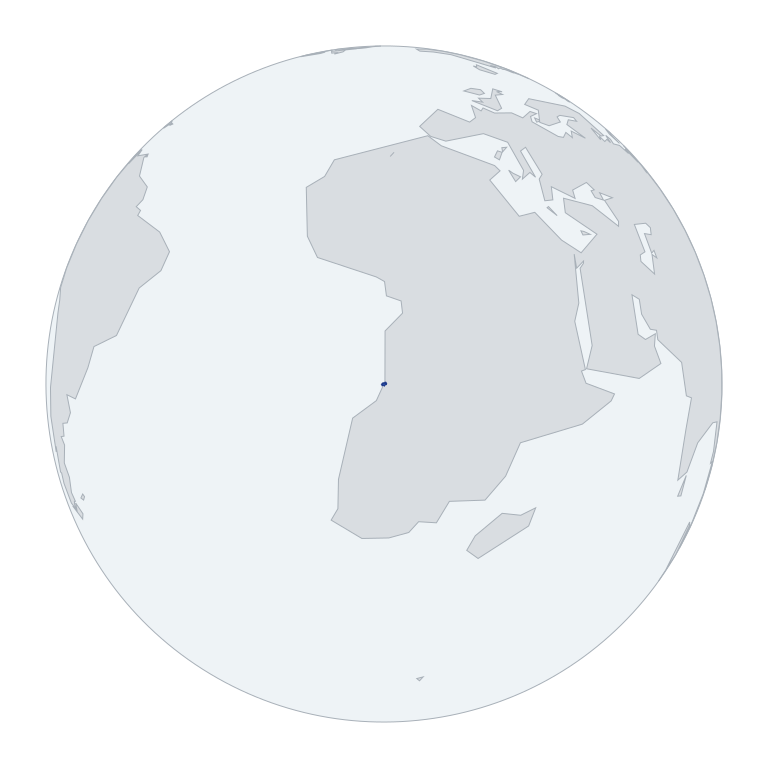 globe centered on Luanda, rotated 31°
{"feature_id": "AGO-1880", "entity_name": "Luanda", "entity_type": "Province", "adm_level": 1, "iso_a3": "AGO", "parent_name": "Angola", "parent_adm1": "", "projection": "orthographic", "projection_center": [13.287, -8.956], "detail": "fine", "context": "on_globe", "style": "filled", "palette": "blue", "viewbox_px": 768, "rotation_deg": 31, "n_neighbors": 0, "source": "natural_earth", "source_scale": "10m", "svg_char_len": 6210}
<svg xmlns="http://www.w3.org/2000/svg" viewBox="0 0 768 768"><g transform="rotate(31 384 384)"><circle cx="384" cy="384" r="338" fill="#eef3f6" stroke="#a8b0b8"/><path d="M207.4,95.9L203.0,98.7L195.3,105.2L190.4,108.9L177.0,117.7L171.8,121.0L207.4,95.9ZM164.9,126.8L167.9,124.2L155.6,135.2L154.7,136.3L157.0,134.8L162.7,129.8L159.1,133.6L143.9,146.5L146.9,143.3L151.7,138.9L148.9,141.2L147.3,142.8L164.9,126.8ZM52.5,318.6L52.5,318.2L55.2,307.7L51.6,326.8L56.0,307.6L55.5,315.2L63.0,308.7L61.5,313.5L67.3,331.7L79.6,337.0L82.4,350.2L80.3,359.6L85.9,360.6L86.1,366.4L113.5,369.3L132.0,381.1L134.4,401.7L124.7,427.8L129.7,480.2L116.1,501.3L121.8,522.6L127.2,555.7L117.7,556.5L130.0,570.1L132.5,580.5L129.0,583.1L136.6,593.5L134.4,595.3L141.7,600.9L150.6,616.3L162.4,626.0L172.0,638.0L179.9,643.5L179.0,644.0L181.2,647.0L185.6,650.4L177.3,647.0L160.9,634.0L153.5,626.3L152.1,626.0L135.0,606.3L138.0,611.0L115.1,583.3L100.0,558.9L68.0,491.2L62.8,479.0L57.1,467.8L52.2,448.0L48.3,422.3L46.3,396.3L46.4,370.3L48.4,344.3L52.5,318.6ZM195.3,655.0L180.0,648.9L186.7,651.3L181.0,644.8L192.8,650.3L195.3,655.0ZM182.9,637.8L182.4,633.5L185.3,634.8L186.3,638.2L182.9,637.8ZM713.6,309.4L712.2,303.8L716.7,326.7L719.9,347.2L721.7,372.4L721.3,366.2L719.2,343.5L717.6,334.2L714.2,313.7L705.4,281.4L704.7,283.8L701.1,271.9L688.9,244.9L685.8,247.9L683.2,272.8L689.0,303.4L685.4,315.1L666.0,266.9L654.7,237.5L649.3,238.4L628.0,212.2L595.9,205.0L589.9,197.6L584.1,199.9L568.9,191.5L559.2,179.9L550.6,179.8L576.2,210.5L585.2,211.2L590.7,201.2L596.3,212.2L610.8,223.8L599.9,247.8L549.8,266.6L542.6,243.8L492.5,183.8L492.8,177.7L492.4,177.1L491.7,175.8L489.5,185.5L480.1,174.7L509.3,214.3L515.2,232.0L549.2,267.9L546.6,271.2L556.8,279.3L586.7,273.8L587.4,281.5L574.7,316.2L531.2,364.1L535.7,400.4L530.4,431.5L500.5,450.9L500.4,476.0L484.6,484.2L481.7,498.5L467.4,513.5L444.6,527.8L408.8,527.9L408.7,514.6L394.1,489.2L374.7,429.4L386.0,402.2L383.7,381.7L357.6,338.0L363.4,313.7L355.9,304.0L340.7,307.2L331.7,295.9L322.2,296.2L261.8,309.8L242.2,296.8L216.1,255.5L226.2,236.7L226.0,217.4L293.7,148.6L310.4,150.3L366.3,139.8L373.7,141.5L369.6,154.7L413.5,170.6L424.8,159.2L462.1,169.2L485.4,170.0L489.4,145.9L451.2,143.8L442.2,132.3L470.8,123.9L503.8,128.0L501.3,123.8L478.4,113.0L483.9,106.7L470.3,109.0L477.4,113.3L469.0,115.4L462.0,111.7L464.2,109.3L453.7,107.0L445.8,120.6L452.2,126.5L425.8,128.7L433.9,139.2L427.5,144.1L411.5,128.4L411.5,122.8L383.4,108.2L381.0,114.0L407.4,128.7L400.1,127.5L397.1,137.1L393.6,129.0L365.5,113.1L340.3,118.2L311.9,144.0L296.5,147.7L281.9,144.8L288.7,120.8L322.5,115.4L325.3,108.5L315.5,100.2L326.6,99.9L326.7,96.4L339.2,94.8L353.7,85.9L365.9,84.4L368.8,75.2L375.5,73.7L371.8,79.2L375.9,83.0L405.8,82.1L410.8,80.2L410.3,74.7L418.6,75.8L414.2,70.8L430.1,69.6L407.1,67.4L405.9,62.6L413.8,59.6L409.3,58.0L396.3,63.2L394.8,65.9L400.2,68.6L392.5,77.6L382.8,79.5L375.2,69.8L360.6,71.9L361.1,64.9L396.0,52.6L412.0,51.6L444.4,57.9L442.3,59.7L429.6,58.0L443.9,63.1L441.5,60.9L448.4,62.4L449.0,59.5L453.9,60.5L446.0,56.7L452.1,57.6L457.0,60.0L463.0,58.2L474.9,60.5L473.9,59.8L469.5,58.3L487.6,63.1L486.0,62.4L479.5,60.5L472.2,58.1L466.3,56.3L472.9,58.0L475.9,58.9L492.1,64.1L499.1,67.1L501.2,67.7L496.7,65.6L476.9,59.1L474.1,58.3L497.2,65.6L519.8,74.6L541.7,85.1L562.7,97.2L582.9,110.8L602.0,125.8L620.0,142.1L636.7,159.7L652.2,178.4L666.3,198.2L678.9,219.0L690.0,240.6L699.5,262.9L707.4,285.9L713.6,309.4ZM273.3,180.2L272.1,185.8L273.3,180.2ZM541.1,146.6L559.3,150.4L547.0,134.9L552.9,135.4L546.6,130.4L546.0,133.9L529.8,120.9L536.1,118.4L531.8,112.8L525.5,111.4L516.4,118.3L539.6,136.3L537.2,141.4L541.1,146.6ZM63.4,308.3L63.9,311.3L62.3,312.3L63.4,308.3ZM68.1,269.6L69.1,269.9L67.0,272.9L68.1,269.6ZM63.9,275.7L64.8,273.3L66.9,267.3L67.2,270.2L63.3,278.4L63.4,277.3L63.9,275.7ZM156.5,134.4L157.6,133.5L158.8,132.9L155.9,135.3L156.5,134.4ZM177.8,120.4L171.5,126.8L174.1,123.4L168.8,127.3L167.7,125.8L188.0,110.7L179.0,117.4L177.8,120.4ZM171.8,121.1L170.2,122.8L171.1,121.6L171.8,121.1ZM315.2,82.0L320.4,83.2L317.0,87.1L301.5,91.7L306.2,85.8L315.2,82.0ZM328.5,84.3L325.2,75.0L334.7,72.7L329.9,75.4L336.5,74.8L330.6,79.1L342.8,87.1L340.6,91.3L313.3,95.8L323.4,91.6L317.8,90.3L328.5,84.3ZM300.1,64.4L298.8,62.8L321.1,59.4L319.7,61.4L304.2,65.4L296.7,65.4L300.1,64.4ZM351.2,47.7L348.1,48.0L343.9,48.7L339.2,49.3L339.6,49.4L335.6,50.2L334.6,50.7L325.8,52.2L323.8,53.1L320.7,53.4L319.8,54.8L316.5,54.5L311.1,56.2L317.1,55.5L271.8,67.2L255.3,74.0L243.3,80.2L239.3,80.2L248.0,75.0L263.2,68.4L279.6,62.6L279.2,62.7L302.8,56.0L326.9,50.9L351.2,47.7ZM380.7,136.5L386.1,136.9L394.3,136.1L392.6,142.7L380.7,136.5ZM361.2,125.7L365.9,124.6L367.5,132.4L361.8,132.5L361.2,125.7ZM367.2,117.9L366.1,124.0L363.3,120.7L367.2,117.9ZM376.1,78.4L381.0,77.6L382.0,78.8L379.9,80.9L376.1,78.4ZM389.2,47.0L384.6,46.8L385.7,46.6L381.0,46.2L387.8,46.1L393.3,46.4L389.2,47.0ZM483.7,149.5L477.8,153.8L473.9,151.3L476.7,150.3L483.7,149.5ZM433.6,147.2L445.7,150.5L433.0,148.9L433.6,147.2ZM395.7,46.9L393.0,46.6L398.1,46.8L395.7,46.9ZM392.5,46.2L398.2,46.4L388.0,46.1L392.5,46.2ZM568.4,614.9L567.3,620.1L563.8,619.6L568.4,614.9ZM581.1,431.2L554.5,485.1L540.6,484.0L540.4,467.1L551.9,434.0L568.8,426.1L577.8,412.0L581.1,431.2ZM720.8,411.5L721.3,398.6L717.1,344.8L718.8,348.2L721.9,380.2L720.8,411.5ZM690.2,306.7L696.1,327.0L693.5,328.9L690.2,306.7ZM449.5,52.5L448.8,52.6L452.7,54.1L461.9,56.5L448.5,53.7L442.6,51.4L447.7,52.1L449.5,52.5Z" fill="#d9dde1" stroke="#a8b0b8" stroke-width="1"/><path d="M383.2,386.2L382.6,385.4L382.4,385.0L382.3,384.8L382.3,384.5L382.5,384.0L382.8,383.6L383.1,383.5L382.6,384.0L382.4,384.5L382.4,384.8L382.5,384.7L382.8,384.1L383.0,384.0L383.1,383.9L383.2,383.7L383.3,383.6L383.4,383.4L383.4,383.2L383.5,383.1L383.6,382.9L383.8,382.8L383.5,383.1L383.8,383.1L384.0,382.9L384.4,382.9L384.5,382.8L384.6,382.5L384.7,382.3L384.7,382.2L384.5,381.9L384.8,381.8L385.1,382.0L385.3,382.2L385.5,382.2L385.8,382.3L385.9,382.5L386.0,382.8L386.1,383.1L386.0,383.3L385.9,383.3L385.7,383.5L385.5,383.8L385.3,384.1L385.1,385.1L385.1,385.3L384.8,385.2L384.7,385.2L384.4,385.2L384.2,385.2L384.0,385.3L383.8,385.5L383.6,385.7L383.5,385.9L383.4,386.1L383.2,386.2L383.2,386.2Z" fill="#3b82f6" stroke="#1e3a8a" stroke-width="1.5"/></g></svg>